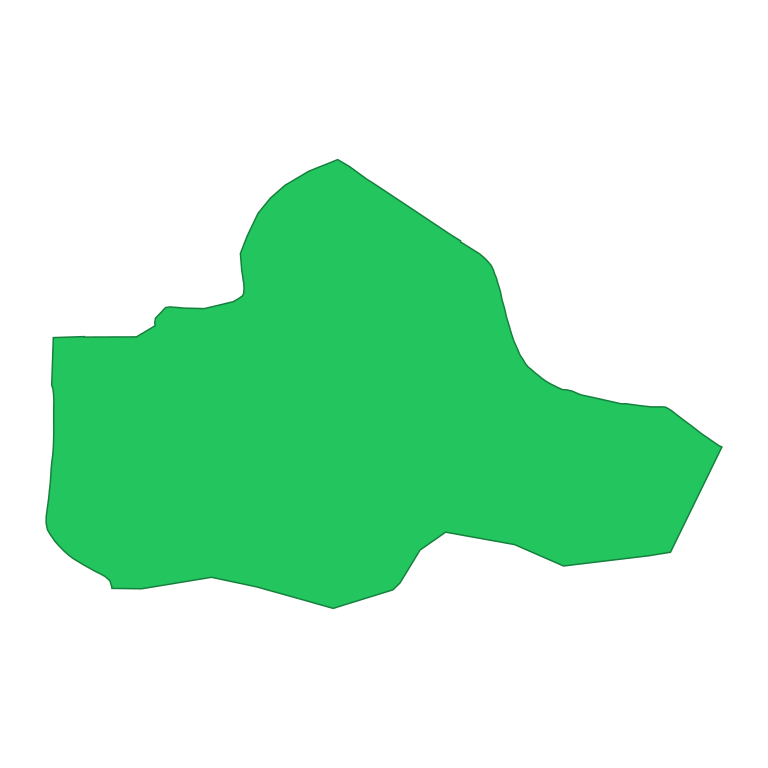 outline of Al Humaydat, Al Jawf, Yemen
{"feature_id": "15242507B46663253000628", "entity_name": "Al Humaydat", "entity_type": "district", "adm_level": 2, "iso_a3": "YEM", "parent_name": "Yemen", "parent_adm1": "Al Jawf", "projection": "natural_earth1", "projection_center": [44.413, 16.467], "detail": "fine", "context": "isolated", "style": "filled", "palette": "green", "viewbox_px": 768, "rotation_deg": 0, "n_neighbors": 0, "source": "geoboundaries", "source_scale": "gbopen_adm2", "svg_char_len": 2202}
<svg xmlns="http://www.w3.org/2000/svg" viewBox="0 0 768 768"><path d="M721.9,447.0L721.5,446.8L721.2,446.7L718.5,445.4L710.1,439.6L701.3,433.5L691.6,426.0L683.4,419.9L676.2,414.4L671.5,410.6L668.2,408.6L665.4,407.1L662.1,406.9L651.0,406.9L639.0,405.5L625.6,403.7L621.3,403.8L603.5,399.8L581.2,394.9L576.4,393.0L572.5,391.2L566.5,389.8L563.0,389.8L558.1,387.7L551.1,384.2L546.4,381.5L541.7,378.2L538.4,375.4L535.1,372.9L531.8,369.9L528.3,367.1L525.5,363.8L523.4,360.1L520.1,355.2L517.0,348.0L513.9,341.1L512.9,338.0L511.4,333.6L509.4,326.6L506.5,317.1L504.6,308.5L502.1,300.1L500.6,292.5L500.5,291.8L499.0,286.9L497.6,282.5L496.5,278.3L494.7,274.1L493.4,269.9L491.2,265.5L488.1,261.8L485.0,258.5L479.9,254.1L460.8,242.1L460.6,242.1L460.6,240.8L459.5,240.2L453.9,236.7L447.6,232.7L409.4,207.2L373.5,183.4L366.8,179.2L349.7,166.7L337.7,159.6L308.8,171.2L285.0,185.3L270.7,197.8L258.1,213.2L247.1,236.2L240.4,253.5L241.7,270.1L242.2,273.1L242.5,275.0L243.0,278.7L243.8,283.9L244.1,288.6L243.6,293.7L242.3,296.0L238.4,298.7L235.1,300.6L233.2,301.7L204.4,308.6L192.1,308.3L183.6,308.1L179.2,307.6L173.1,307.2L170.3,306.9L165.8,307.5L165.7,307.5L163.8,309.4L161.8,311.6L155.5,318.2L154.7,322.8L155.3,325.7L154.1,326.3L136.9,336.6L136.4,336.9L103.7,337.0L103.1,337.0L102.5,337.0L84.3,337.1L84.3,336.6L53.3,337.6L51.7,385.3L52.9,388.5L53.6,394.9L53.9,401.4L53.7,408.0L53.7,412.6L53.7,415.5L53.7,422.7L53.8,429.3L53.7,435.7L53.5,442.0L53.3,448.2L52.8,453.8L52.8,454.7L51.9,461.2L51.2,468.6L50.7,476.9L50.2,483.8L49.4,490.7L48.8,497.0L47.9,504.1L47.0,510.4L46.2,516.6L46.1,523.1L46.2,523.5L47.5,529.9L50.8,535.4L51.0,535.7L51.4,536.1L54.8,541.2L59.4,546.3L63.7,550.7L68.3,554.8L68.8,555.2L73.2,558.6L78.7,561.9L83.8,565.0L89.8,568.3L95.1,571.3L100.2,573.8L105.4,576.7L110.0,580.9L110.3,582.2L111.8,586.9L111.9,588.4L127.1,588.6L141.6,588.8L146.4,588.0L211.4,577.3L256.3,586.8L262.9,588.6L263.0,588.7L296.4,598.0L333.2,608.4L343.3,605.2L393.0,589.8L396.5,586.4L400.1,582.8L420.1,550.0L445.6,532.2L477.4,537.9L514.6,544.6L548.7,559.5L563.6,566.0L577.5,564.3L649.3,555.7L660.2,553.9L666.6,552.9L668.6,552.5L669.6,552.4L670.5,552.2L670.9,551.4L721.9,447.0Z" fill="#22c55e" stroke="#15803d" stroke-width="1.5"/></svg>